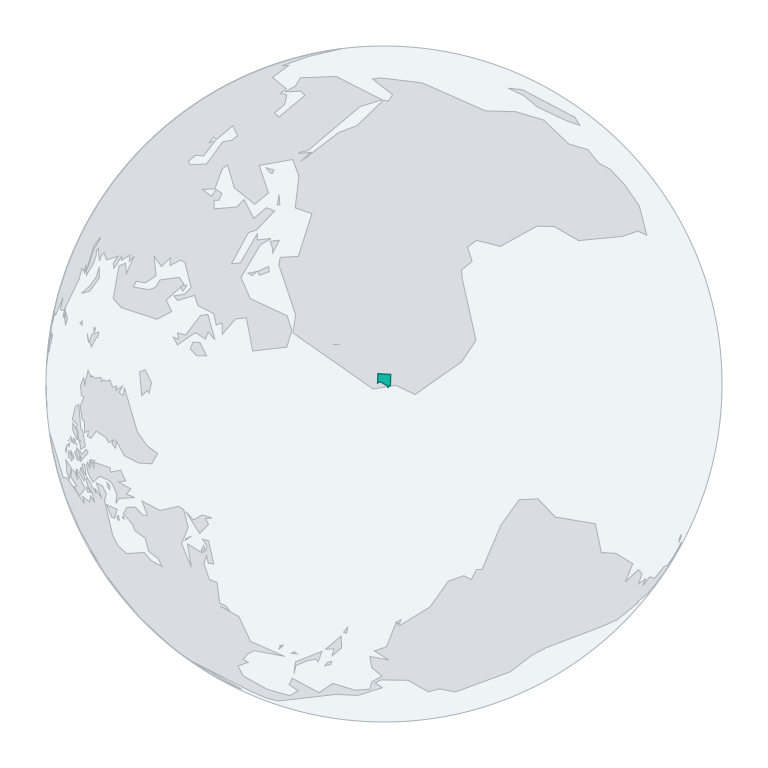 Inchiri highlighted on a globe, orthographic projection, rotated 272°
{"feature_id": "MRT-2786", "entity_name": "Inchiri", "entity_type": "Region", "adm_level": 1, "iso_a3": "MRT", "parent_name": "Mauritania", "parent_adm1": "", "projection": "orthographic", "projection_center": [-15.985, 20.073], "detail": "fine", "context": "on_globe", "style": "filled", "palette": "teal", "viewbox_px": 768, "rotation_deg": 272, "n_neighbors": 0, "source": "natural_earth", "source_scale": "10m", "svg_char_len": 9567}
<svg xmlns="http://www.w3.org/2000/svg" viewBox="0 0 768 768"><g transform="rotate(272 384 384)"><circle cx="384" cy="384" r="338" fill="#eef3f6" stroke="#a8b0b8"/><path d="M141.6,148.6L170.6,122.7L163.5,129.0L171.8,122.4L181.2,114.5L185.3,111.1L226.6,85.6L259.7,69.8L283.2,61.5L307.2,54.9L323.2,51.6L315.4,54.6L279.2,66.7L279.4,70.2L254.2,88.8L261.1,86.8L255.9,93.9L261.9,94.7L255.5,98.9L265.8,96.0L270.5,92.1L276.6,89.8L280.6,90.2L273.1,95.2L270.0,95.8L269.9,97.5L264.5,100.1L269.4,99.0L259.9,105.8L275.1,99.9L272.4,106.0L264.5,110.4L257.9,108.7L223.1,118.2L213.1,123.8L205.6,132.5L207.2,150.2L199.2,157.7L193.8,168.5L201.6,164.4L208.6,154.6L221.7,150.7L228.7,140.2L235.1,137.5L245.2,128.1L251.6,131.2L252.4,139.5L244.3,147.8L244.4,152.1L258.6,146.2L249.7,164.6L254.7,182.9L251.5,188.2L233.7,193.3L217.4,187.3L194.3,197.9L217.3,193.2L209.0,207.9L211.0,211.7L216.1,212.7L222.4,208.2L221.2,214.2L198.1,220.1L198.8,214.7L206.1,212.6L198.4,210.3L182.7,216.2L179.7,224.1L159.2,227.5L156.8,233.5L151.1,238.3L156.2,228.1L146.5,247.0L122.0,259.7L108.3,294.2L113.0,263.7L109.4,256.9L103.7,252.8L101.2,258.2L97.1,247.9L87.3,253.5L74.8,278.0L69.1,300.8L74.5,308.9L80.3,299.6L86.7,302.5L73.3,329.8L83.0,343.4L76.9,365.8L78.6,380.6L85.6,381.9L92.2,392.2L100.0,381.7L111.2,379.4L108.3,398.5L116.9,383.8L121.5,395.7L145.6,404.3L143.0,407.9L162.8,437.8L189.1,455.1L195.2,470.5L191.6,478.1L201.8,483.0L202.0,488.5L246.8,505.7L273.1,523.2L274.6,541.9L257.0,559.9L251.7,600.1L223.1,607.1L222.9,621.7L213.0,638.9L194.7,632.1L207.4,644.8L203.4,648.4L193.5,645.4L198.3,652.3L191.3,649.7L200.6,656.4L199.3,661.4L211.2,670.1L212.8,673.7L221.0,678.8L217.9,677.3L217.3,677.4L220.6,679.5L206.8,671.6L191.5,661.1L188.0,657.7L183.8,655.0L175.3,644.9L174.4,645.7L156.6,625.2L149.0,609.7L126.1,555.2L118.3,541.5L100.8,520.3L78.8,466.2L81.2,449.9L77.9,439.0L88.7,418.5L88.2,391.6L85.1,385.7L80.4,392.9L71.9,368.9L72.1,346.8L63.5,289.2L66.4,276.7L72.4,261.1L100.2,201.7L73.9,252.6L78.9,239.8L88.6,220.2L90.2,217.7L106.2,191.9L114.8,179.8L141.6,148.6ZM103.2,305.1L114.6,331.3L104.0,327.8L106.7,325.8L104.7,316.6L99.5,305.7L91.3,304.2L103.2,305.1ZM117.6,290.9L115.2,288.0L118.1,289.5L117.6,290.9ZM186.4,110.2L180.8,114.8L170.5,123.1L174.5,119.4L186.4,110.2ZM206.8,96.4L205.6,97.3L196.5,103.0L200.0,100.7L206.8,96.4ZM241.0,127.3L243.0,127.7L240.1,129.2L241.0,127.3ZM243.5,123.0L238.6,124.4L239.1,122.7L242.1,121.8L243.5,123.0ZM249.4,121.8L240.5,119.4L241.4,116.5L253.6,111.0L249.4,121.8ZM270.3,90.8L265.4,94.9L265.8,91.3L270.3,90.8ZM269.0,89.2L261.4,83.2L270.5,78.0L271.2,80.7L280.0,74.4L288.2,74.6L285.2,78.2L277.7,81.3L286.6,79.2L269.0,89.2ZM351.1,47.8L354.3,47.7L349.7,48.1L351.1,47.8ZM279.1,88.6L276.7,87.6L284.4,82.8L290.6,84.1L286.1,85.2L279.1,88.6ZM278.3,72.9L285.1,70.1L293.7,69.3L297.5,68.3L289.2,74.3L278.3,72.9ZM286.4,86.5L293.5,85.0L293.5,87.7L281.9,89.4L286.4,86.5ZM283.9,81.2L287.8,79.2L287.6,80.7L283.9,81.2ZM297.4,97.7L294.4,95.9L298.1,93.2L297.4,97.7ZM296.1,84.3L296.1,83.4L297.2,82.3L301.8,82.1L296.1,84.3ZM295.8,73.6L297.9,74.2L299.6,71.1L306.1,71.0L299.4,75.2L305.0,73.3L307.0,73.3L299.3,76.9L295.8,73.6ZM309.9,78.7L303.6,84.9L308.3,88.5L305.1,90.8L298.1,84.8L309.9,78.7ZM304.3,77.2L307.0,78.6L301.6,80.5L296.5,80.8L304.3,77.2ZM312.8,69.6L304.7,68.6L306.4,67.8L312.8,69.6ZM312.3,79.2L313.8,77.8L313.3,79.2L312.3,79.2ZM313.9,71.9L310.8,71.6L312.8,70.6L313.9,71.9ZM319.3,75.4L317.3,77.3L313.7,77.4L319.3,75.4ZM317.7,73.5L321.3,72.3L313.6,76.3L315.9,73.4L317.7,73.5ZM316.3,71.1L316.5,70.4L317.4,71.4L316.3,71.1ZM334.1,74.4L325.3,79.5L317.4,79.5L327.0,74.5L334.1,74.4ZM233.3,686.1L209.6,673.4L221.3,679.9L221.0,679.0L236.5,686.9L233.3,686.1ZM235.8,684.1L240.5,684.7L244.0,686.4L241.7,686.4L235.8,684.1ZM370.7,46.3L371.1,46.3L359.4,47.0L370.7,46.3ZM717.6,329.8L708.8,297.5L698.6,271.0L699.1,277.6L686.5,261.7L675.7,276.0L670.8,270.3L669.5,276.8L660.0,274.9L651.2,265.2L647.0,269.5L669.7,294.9L673.8,290.5L672.4,274.4L678.4,284.9L687.1,289.8L689.6,325.6L668.0,372.1L660.3,350.2L614.5,299.6L612.7,292.1L612.3,291.4L611.4,290.1L613.0,302.9L603.2,292.8L633.7,330.0L641.3,348.1L667.8,373.7L666.7,378.4L673.5,382.5L688.4,362.0L689.8,369.9L686.2,411.8L660.5,475.9L660.7,506.2L653.4,534.2L630.3,560.4L625.2,579.7L612.2,590.9L606.7,602.2L592.2,617.0L570.7,633.0L541.9,641.4L545.7,632.2L539.8,616.9L534.1,573.5L547.3,548.8L547.1,531.4L525.6,495.4L530.8,471.3L523.6,462.8L509.6,467.7L500.6,457.5L491.6,458.6L431.0,474.4L409.0,460.9L374.6,415.4L383.1,395.6L378.6,373.3L431.9,291.2L450.0,293.3L499.6,274.7L507.0,276.0L508.5,293.9L551.7,306.0L556.9,289.1L588.7,291.7L605.2,284.9L598.1,251.6L571.0,261.8L559.1,248.6L574.9,227.5L597.4,220.1L593.5,214.9L573.2,208.1L572.1,195.9L565.4,205.1L572.7,209.2L568.7,215.5L561.8,212.4L561.7,207.9L553.1,208.1L555.8,231.0L563.5,237.6L544.9,248.1L556.1,260.4L553.2,268.7L533.4,251.1L530.6,243.2L498.8,227.4L500.1,236.3L530.1,252.3L523.5,252.3L525.5,266.1L518.8,255.6L485.6,237.3L464.7,247.3L448.8,284.8L434.4,290.0L417.4,285.6L412.4,251.7L445.3,244.1L443.9,233.5L428.1,220.7L439.4,220.0L437.0,214.3L448.5,211.4L455.7,195.4L466.0,191.7L460.2,174.8L464.7,171.0L466.9,181.8L473.9,188.0L498.6,180.7L500.8,176.1L495.0,166.1L502.5,166.0L493.7,157.4L503.6,149.9L484.2,152.3L476.8,142.2L478.0,132.7L472.1,130.2L470.1,145.9L472.5,152.1L480.1,156.4L483.5,175.5L476.9,180.6L460.2,163.4L449.0,169.3L440.8,154.7L451.2,118.8L459.9,110.4L492.7,115.0L495.7,121.5L485.4,122.7L502.9,129.9L497.7,125.2L503.9,125.7L498.5,117.5L502.6,117.5L490.3,110.1L494.8,109.2L502.5,113.9L498.3,102.5L505.3,99.6L502.3,97.1L497.2,95.3L509.5,93.7L506.8,92.0L501.7,91.8L493.0,88.7L482.3,82.8L487.2,82.5L491.7,84.6L508.4,89.1L519.6,95.6L520.5,95.0L511.9,89.4L491.5,83.7L483.7,80.4L493.1,82.1L489.1,81.2L486.7,79.5L488.9,77.8L478.5,75.8L446.1,61.4L447.2,58.0L459.1,60.3L441.6,53.4L444.1,52.2L439.4,51.7L427.9,49.4L426.9,49.6L423.8,49.4L393.7,46.3L391.4,46.2L416.0,47.6L440.5,50.8L464.7,55.9L488.4,62.6L511.6,71.1L534.1,81.2L555.8,93.0L576.6,106.3L596.3,121.1L614.9,137.3L632.3,154.8L648.4,173.6L663.0,193.4L676.2,214.3L687.8,236.1L697.8,258.6L706.1,281.9L712.7,305.6L717.6,329.8ZM421.7,331.7L422.1,338.5L421.7,331.7ZM627.1,229.0L636.8,223.8L622.4,207.9L624.9,204.9L619.1,201.0L621.3,206.8L605.6,195.7L606.1,187.8L599.8,180.8L596.2,182.3L597.7,199.0L620.3,214.4L622.3,223.5L627.1,229.0ZM146.4,404.3L149.0,409.1L144.8,407.8L146.4,404.3ZM100.4,334.8L103.8,337.3L104.9,341.3L101.8,340.7L100.4,334.8ZM134.6,352.2L139.6,356.1L133.5,355.3L134.6,352.2ZM116.9,334.9L130.5,349.9L118.8,350.8L110.6,341.7L117.5,343.3L116.9,334.9ZM111.6,300.8L113.3,303.5L111.3,306.6L111.6,300.8ZM119.7,292.2L118.7,292.0L118.7,288.5L119.7,292.2ZM210.4,207.5L212.2,207.3L216.4,209.5L212.5,210.9L210.4,207.5ZM246.8,206.9L244.1,216.7L243.3,210.3L237.4,213.5L228.2,205.0L249.5,190.4L241.5,198.2L246.8,206.9ZM222.0,190.8L225.3,197.0L220.8,190.8L222.0,190.8ZM412.3,189.2L419.1,191.6L419.0,198.5L405.9,205.8L405.8,195.6L412.3,189.2ZM428.8,193.7L415.9,176.2L423.5,171.8L421.4,177.0L427.8,175.9L426.1,184.2L446.1,198.3L447.3,205.5L422.4,213.4L429.9,206.4L422.7,204.1L428.8,193.7ZM369.3,147.6L363.8,142.3L387.5,139.3L389.9,144.8L377.0,151.7L366.5,149.4L369.3,147.6ZM272.6,113.6L269.0,113.5L271.0,111.8L275.8,110.6L272.6,113.6ZM295.7,97.1L290.7,113.3L286.3,113.7L288.7,123.9L278.0,129.2L276.8,122.2L270.3,134.5L264.9,130.4L261.9,138.9L260.3,122.8L255.2,120.3L265.0,120.8L275.0,115.8L277.8,113.0L281.9,103.3L275.8,96.5L284.8,91.4L292.7,89.5L295.5,90.4L288.8,93.3L297.4,92.3L289.9,97.3L295.7,97.1ZM380.4,83.8L371.4,84.7L387.4,87.8L379.9,91.0L382.2,91.2L379.7,95.3L380.7,100.9L376.2,101.9L378.6,103.7L376.9,106.8L378.6,109.8L371.2,113.0L372.6,117.1L368.3,116.4L372.8,122.7L366.1,119.6L363.4,123.9L371.3,124.7L327.3,139.3L314.0,149.5L306.5,160.2L296.1,154.5L296.5,141.5L303.4,126.9L317.7,118.5L310.4,118.0L315.1,114.1L318.9,116.1L315.8,110.8L320.7,108.2L326.8,98.0L319.4,93.0L321.5,89.5L326.8,90.3L325.1,86.5L336.5,85.8L338.3,83.6L351.3,81.2L360.6,84.7L361.8,82.0L371.8,80.7L380.4,83.8ZM337.8,73.8L350.7,76.3L352.9,79.6L329.3,82.5L326.1,84.7L311.1,87.7L308.2,83.1L312.8,82.6L316.5,81.1L315.9,83.1L319.2,80.4L325.6,79.7L329.9,77.6L332.9,78.8L337.8,73.8ZM511.1,268.2L516.0,267.8L522.7,265.3L524.0,274.4L511.1,268.2ZM488.4,255.9L492.2,253.8L497.4,264.5L492.3,265.4L488.4,255.9ZM489.9,244.1L492.0,252.9L487.8,248.7L489.9,244.1ZM469.9,179.7L473.5,177.4L475.6,179.6L475.7,183.6L469.9,179.7ZM426.1,97.2L420.6,96.3L420.6,95.0L411.0,90.4L415.8,88.2L423.4,90.1L426.1,97.2ZM596.0,258.8L593.9,266.6L590.2,264.7L591.7,262.3L596.0,258.8ZM559.2,271.2L569.7,272.4L559.5,273.7L559.2,271.2ZM429.7,93.9L425.2,92.2L430.4,92.2L429.7,93.9ZM418.8,86.4L424.1,85.9L415.2,87.4L418.8,86.4ZM682.9,512.1L657.2,565.5L649.3,570.6L653.1,558.2L666.2,527.6L677.1,513.7L684.0,497.8L682.9,512.1ZM464.0,78.5L472.0,86.8L481.0,92.7L491.0,95.3L480.4,95.9L466.6,86.7L464.0,78.5ZM447.9,63.2L439.1,62.0L440.5,60.9L442.7,61.1L447.9,63.2ZM444.3,63.6L438.2,65.4L431.7,63.7L437.8,62.6L444.3,63.6ZM434.5,77.9L436.5,80.4L432.2,80.1L434.5,77.9ZM356.2,47.4L354.5,47.6L353.4,47.6L356.2,47.4ZM423.6,49.6L419.1,49.2L418.0,48.7L423.6,49.6ZM406.2,48.2L410.6,48.9L404.0,48.2L406.2,48.2ZM420.6,50.9L411.3,49.3L423.1,50.8L420.6,50.9Z" fill="#d9dde1" stroke="#a8b0b8" stroke-width="1"/><path d="M382.7,390.4L382.6,390.0L382.3,389.6L382.0,389.2L381.9,389.1L381.7,389.0L381.6,388.9L381.4,388.9L381.3,388.7L381.2,388.5L381.2,388.4L381.0,388.2L380.9,388.1L381.0,388.0L381.3,388.1L381.6,388.0L381.9,387.9L382.1,387.6L382.3,387.4L382.7,386.8L386.2,380.1L384.8,377.6L394.0,377.6L394.1,377.8L393.8,387.8L393.8,388.6L393.8,390.3L393.6,390.3L382.7,390.4Z" fill="#14b8a6" stroke="#0f766e" stroke-width="1.5"/></g></svg>